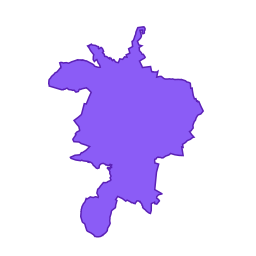 La Unión, Sucre, Colombia, rotated 159°
{"feature_id": "7082276B70731756004161", "entity_name": "La Unión", "entity_type": "district", "adm_level": 2, "iso_a3": "COL", "parent_name": "Colombia", "parent_adm1": "Sucre", "projection": "mercator", "projection_center": [-75.264, 8.814], "detail": "fine", "context": "isolated", "style": "filled", "palette": "violet", "viewbox_px": 256, "rotation_deg": 159, "n_neighbors": 0, "source": "geoboundaries", "source_scale": "gbopen_adm2", "svg_char_len": 5850}
<svg xmlns="http://www.w3.org/2000/svg" viewBox="0 0 256 256"><g transform="rotate(159 128 128)"><path d="M150.5,56.6L149.5,55.5L149.1,55.5L148.9,55.4L148.9,55.1L148.4,54.8L148.1,55.2L147.2,55.8L145.7,56.7L144.2,56.1L143.4,54.6L143.1,54.8L142.9,53.6L142.4,52.3L142.6,50.9L142.3,49.7L142.7,48.9L142.7,48.2L142.2,47.1L141.1,45.3L140.6,43.9L139.2,41.6L138.6,40.9L137.7,40.2L135.9,42.6L133.3,49.1L129.8,49.2L130.2,47.8L128.4,46.6L124.8,48.7L125.1,50.3L126.4,52.2L125.8,53.6L123.3,54.8L122.5,54.6L120.0,54.3L119.9,54.5L125.1,60.9L117.2,76.6L112.3,83.3L115.5,85.8L115.1,86.8L114.9,87.9L114.2,89.2L113.0,89.0L112.0,89.8L111.3,90.0L110.5,90.1L109.9,89.8L109.9,89.6L108.2,88.9L107.5,88.2L107.2,88.0L106.0,87.6L102.9,88.3L99.6,88.2L98.6,88.4L97.4,89.0L93.8,86.2L92.2,85.3L90.1,84.1L86.4,82.5L84.6,91.0L83.5,90.2L82.9,93.2L79.4,93.9L78.0,94.6L77.0,95.0L73.8,95.1L71.2,95.9L70.4,95.9L69.7,95.8L71.0,99.2L71.8,102.7L70.1,102.8L68.2,104.1L67.4,104.4L66.9,105.4L66.6,106.9L65.7,108.2L64.4,109.6L64.0,110.1L62.2,111.2L60.7,113.1L58.9,114.5L58.2,114.9L57.5,115.1L55.9,115.0L54.8,115.1L51.7,116.9L52.2,122.4L52.4,127.2L53.4,127.4L53.3,128.4L54.3,128.5L54.1,131.1L55.5,131.4L55.4,134.9L54.5,139.7L53.8,142.3L55.2,142.6L53.8,147.4L54.1,147.9L54.9,148.8L56.7,150.0L57.3,151.3L57.9,151.9L60.3,153.8L60.3,153.7L63.5,155.3L67.0,156.5L68.9,157.9L70.1,158.1L71.6,159.0L73.4,159.5L75.5,160.3L76.3,160.9L76.8,161.4L77.6,162.8L78.3,164.1L78.7,164.4L79.9,164.8L83.0,165.2L79.8,170.2L80.9,169.9L84.5,171.3L84.4,171.5L85.6,172.1L85.6,173.1L84.9,177.3L92.9,179.3L92.8,180.9L93.3,186.4L92.3,186.5L90.1,187.0L88.1,187.2L87.4,187.4L86.6,187.9L87.3,191.3L88.2,191.5L88.4,191.8L88.6,193.4L89.6,196.1L88.7,199.2L85.6,199.8L87.9,201.5L88.1,202.0L88.1,205.7L85.7,206.6L84.0,207.5L83.1,208.3L82.5,209.1L82.4,209.3L81.9,214.9L80.4,214.6L79.4,214.2L80.5,212.5L80.5,210.7L79.3,210.6L78.7,210.8L78.0,212.8L77.0,213.4L76.4,214.9L76.8,216.6L77.6,216.8L77.6,217.0L82.8,218.2L83.0,218.1L86.2,214.7L87.4,212.6L88.9,211.1L89.6,210.1L90.9,208.6L91.6,207.9L92.5,207.5L93.2,207.4L94.5,202.4L99.0,201.8L99.4,197.3L100.0,197.3L100.1,197.1L103.5,197.0L103.6,194.5L105.7,195.7L107.0,194.9L108.4,194.0L110.9,195.5L112.1,194.1L113.6,192.5L115.1,193.4L116.0,194.3L116.5,196.2L116.5,196.4L116.7,196.9L117.0,197.1L117.3,197.0L117.8,196.6L118.2,196.4L118.4,196.5L118.8,198.2L118.7,198.9L118.9,199.3L119.4,199.4L120.1,199.2L119.9,200.2L120.2,200.2L120.8,199.9L121.0,199.9L122.1,202.0L122.6,202.5L124.1,203.2L124.1,203.5L123.9,203.8L124.0,204.7L123.8,205.0L123.8,205.5L124.6,207.0L124.7,207.7L123.4,208.1L123.3,208.8L123.4,211.3L124.0,212.6L124.3,212.9L126.8,212.4L127.1,213.1L126.4,214.4L126.6,214.7L127.7,215.4L128.7,216.7L131.8,218.4L132.1,219.4L134.0,219.2L134.2,218.8L134.8,218.5L135.0,218.6L135.2,219.1L136.3,219.1L135.6,216.6L135.2,213.6L133.7,208.7L134.8,207.1L136.0,204.3L135.6,202.1L134.5,202.6L134.0,202.7L133.5,203.0L132.6,203.1L132.5,199.2L132.0,197.8L131.9,196.0L132.1,194.7L133.3,195.0L134.3,195.5L137.1,197.7L137.4,199.3L138.2,200.4L142.7,205.5L143.6,205.9L144.7,206.9L145.9,207.4L145.8,207.8L146.5,208.0L147.0,207.8L147.4,208.0L147.3,208.3L149.6,209.2L150.4,209.3L150.4,209.7L151.0,209.8L153.1,209.8L156.9,210.0L159.1,209.8L160.3,209.8L162.1,211.1L164.2,211.7L165.0,211.8L165.9,212.6L167.1,213.3L168.4,213.3L168.7,209.0L169.0,208.9L169.4,208.2L169.6,208.4L172.1,206.9L174.7,205.6L175.6,205.7L176.4,205.6L178.0,204.6L180.1,203.9L181.6,203.1L182.2,202.5L184.0,201.6L184.4,201.3L184.9,200.4L186.1,197.8L186.3,195.8L186.5,195.4L176.1,187.4L175.3,187.2L174.6,186.9L173.9,187.2L173.1,186.8L171.4,187.1L170.6,186.9L170.3,186.7L169.9,185.5L169.4,185.0L167.2,183.9L166.4,183.1L164.8,182.6L164.5,182.1L164.0,180.4L163.4,180.1L161.3,179.9L160.6,180.5L160.0,181.2L159.4,181.5L158.4,181.0L157.0,181.1L152.3,180.4L152.3,180.0L151.3,178.6L149.6,174.5L153.2,170.9L158.3,165.4L160.1,166.4L166.3,157.7L167.1,157.1L170.7,155.8L175.7,154.4L174.7,150.7L173.4,147.0L173.9,143.4L174.1,142.9L177.2,142.6L179.2,141.5L179.3,141.1L179.0,140.4L183.5,137.3L183.6,136.7L183.4,134.6L179.2,132.7L178.6,132.3L177.3,130.3L176.8,129.9L173.2,127.0L172.6,126.3L170.4,124.4L174.5,122.5L175.5,122.2L179.6,121.3L180.3,121.7L181.4,121.1L182.1,120.3L182.7,120.3L187.4,121.6L190.1,121.4L191.7,121.4L192.3,121.3L192.1,120.1L188.3,116.9L183.9,114.4L183.1,114.6L182.7,114.5L181.9,113.7L181.1,113.1L177.3,111.1L177.6,110.5L176.7,109.9L176.4,110.4L175.5,109.8L175.0,109.2L174.0,107.7L173.7,105.5L172.9,104.3L172.2,102.4L171.9,101.9L171.0,101.1L169.3,101.1L168.4,102.9L167.7,103.5L166.5,104.1L165.3,104.2L163.7,103.8L161.2,101.2L161.4,101.1L159.1,99.9L157.8,100.5L156.4,99.4L156.9,98.9L157.2,98.8L158.2,98.7L157.8,97.3L157.4,97.2L157.5,97.0L158.9,97.3L159.3,96.3L159.9,96.6L159.6,97.5L159.4,97.4L160.1,98.1L161.2,98.5L161.7,97.6L161.2,96.9L161.0,96.4L160.5,93.9L161.3,92.0L161.1,89.2L161.4,88.8L162.5,88.1L162.6,87.1L162.5,85.7L162.9,85.5L163.6,85.2L165.9,85.2L167.0,84.8L168.5,85.0L170.5,85.9L174.7,83.5L176.4,82.3L178.2,81.7L180.4,78.4L180.1,74.9L180.8,73.8L182.6,75.3L183.0,75.5L185.2,75.5L187.0,76.5L187.5,77.0L187.9,77.2L188.2,77.2L188.9,76.8L189.9,76.8L191.1,76.4L191.6,76.5L191.9,77.0L192.3,77.2L192.5,76.5L192.9,76.5L194.3,74.8L195.2,74.1L196.7,73.3L199.2,71.0L200.1,69.5L200.9,68.6L201.4,67.2L201.8,67.0L202.0,66.1L203.7,62.6L203.9,62.0L204.3,56.8L204.0,56.0L202.9,54.4L202.7,53.6L203.0,51.2L203.2,47.0L202.6,45.9L200.1,43.2L198.6,41.0L198.4,40.7L197.8,38.6L197.4,38.5L196.1,37.6L194.4,37.0L192.6,36.6L191.6,36.7L191.0,36.9L190.4,36.8L190.5,37.1L188.9,37.5L188.8,37.4L186.2,38.3L184.2,39.5L182.9,41.8L182.4,42.2L180.3,43.8L178.9,45.3L178.7,45.7L178.7,46.3L178.3,48.0L177.1,50.4L176.9,51.3L176.6,51.5L174.5,54.2L173.3,56.3L172.5,56.9L168.4,58.1L167.9,58.8L167.0,60.7L164.3,64.3L165.2,65.6L162.1,67.8L158.6,64.2L156.3,60.5L154.9,61.0L154.6,60.9L152.1,58.1L151.6,57.1L150.5,56.6Z" fill="#8b5cf6" stroke="#5b21b6" stroke-width="1.5"/></g></svg>